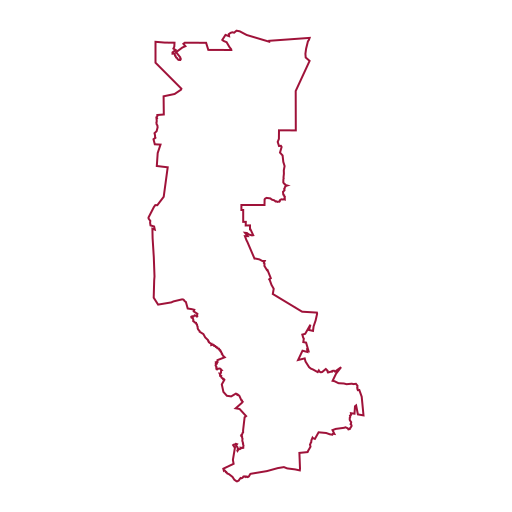 Chihuahua, Chihuahua, Mexico (orthographic projection)
{"feature_id": "50627088B4018820308250", "entity_name": "Chihuahua", "entity_type": "district", "adm_level": 2, "iso_a3": "MEX", "parent_name": "Mexico", "parent_adm1": "Chihuahua", "projection": "orthographic", "projection_center": [-106.189, 28.94], "detail": "fine", "context": "isolated", "style": "outline", "palette": "rose", "viewbox_px": 512, "rotation_deg": 0, "n_neighbors": 0, "source": "geoboundaries", "source_scale": "gbopen_adm2", "svg_char_len": 6057}
<svg xmlns="http://www.w3.org/2000/svg" viewBox="0 0 512 512"><path d="M309.6,60.9L305.7,57.5L305.4,53.8L306.1,48.7L307.9,41.4L308.9,39.9L309.6,37.9L269.2,40.8L269.2,41.7L246.7,35.0L239.7,31.3L236.5,30.7L234.1,32.7L232.4,32.3L230.7,32.8L229.5,33.6L228.8,34.1L229.1,36.2L225.5,34.9L222.3,39.9L223.5,40.9L226.6,42.2L229.4,47.0L231.2,49.3L231.3,50.0L208.3,49.9L206.1,42.8L184.8,42.7L183.4,43.8L185.4,46.2L182.4,47.5L176.1,52.2L180.3,57.4L180.2,58.3L180.8,59.0L180.3,60.0L178.6,59.9L177.7,59.3L177.2,58.2L176.1,57.5L175.5,55.9L175.0,55.7L174.7,53.6L172.5,53.7L172.5,52.4L175.6,50.0L173.4,48.6L174.3,46.6L174.5,42.7L164.8,42.6L155.5,41.8L155.5,62.7L181.4,88.7L181.0,89.7L174.6,94.0L163.6,96.3L163.8,114.5L157.3,115.0L157.3,116.3L157.0,116.9L156.4,117.3L157.0,118.4L156.5,118.7L156.7,120.3L156.7,121.9L156.4,122.3L156.6,124.2L157.4,125.5L157.6,127.4L156.6,131.2L154.5,133.2L155.0,135.1L155.1,137.3L155.4,137.8L153.5,139.2L154.8,144.3L160.5,144.6L157.7,153.0L156.8,166.0L167.7,167.3L163.7,196.8L157.3,205.2L155.3,205.1L153.9,207.0L148.5,217.5L148.6,218.6L150.3,220.9L150.1,222.7L150.5,225.4L154.1,226.5L154.8,229.6L152.4,228.7L152.6,238.2L153.8,257.2L154.5,276.5L154.2,280.1L153.7,297.7L158.1,304.6L171.3,302.4L173.5,301.4L181.9,299.4L182.9,299.4L183.8,299.9L184.6,301.1L185.9,302.0L187.7,308.5L191.5,309.1L194.3,309.8L193.7,311.4L197.4,313.8L197.0,315.5L197.3,316.2L196.9,316.6L196.5,316.4L196.4,315.9L194.6,315.3L193.5,316.6L192.3,316.2L191.3,316.7L191.4,317.4L192.2,317.5L192.2,318.1L193.0,318.8L193.3,319.6L193.2,321.1L194.2,321.7L194.6,322.4L196.0,322.8L196.0,323.3L196.5,324.2L197.0,324.4L197.2,325.9L197.7,326.9L197.6,328.0L198.2,329.5L199.5,330.9L199.6,331.7L203.4,334.1L205.2,337.4L208.0,340.1L208.1,340.9L208.8,341.4L208.8,342.2L211.1,343.8L211.5,343.8L211.3,345.1L213.4,344.7L214.0,345.2L214.2,346.0L215.2,346.0L215.8,347.0L216.3,346.9L216.7,347.4L217.3,347.5L217.4,348.3L219.0,348.7L219.1,349.6L219.9,349.8L220.4,350.4L220.2,350.9L220.7,351.6L221.1,351.7L221.3,352.6L222.0,353.4L221.9,354.0L222.3,354.2L222.8,355.5L224.7,357.3L217.5,360.1L217.5,361.1L217.2,361.4L217.4,361.5L217.4,361.9L216.9,362.0L217.2,362.2L216.9,362.4L216.9,363.4L216.4,363.3L216.4,362.8L215.8,362.9L215.7,364.0L216.0,364.5L215.6,365.6L216.4,366.8L216.3,367.3L216.5,367.4L216.3,368.7L216.6,369.3L217.2,369.4L217.7,368.8L219.8,368.5L220.6,369.0L221.6,370.1L221.1,370.2L221.0,372.8L220.4,373.2L220.3,373.8L219.7,373.7L220.0,374.3L220.1,375.9L220.6,376.0L220.8,375.7L221.2,375.9L221.0,376.4L221.5,377.6L222.5,378.3L222.8,378.8L223.0,378.6L223.6,378.8L224.4,379.8L221.8,384.4L223.4,391.9L226.9,395.8L231.2,396.4L235.9,393.6L237.2,394.2L237.2,394.8L237.8,395.1L238.3,394.9L239.4,395.9L241.4,400.4L242.0,400.5L242.0,401.0L242.7,401.8L241.9,402.8L235.7,408.3L239.6,409.0L246.1,416.1L244.6,417.3L243.1,430.3L243.1,432.5L242.5,433.0L242.1,434.4L241.4,435.0L241.8,435.7L241.3,436.0L242.1,436.9L242.1,437.8L242.5,438.6L242.3,440.8L243.1,443.3L242.9,443.7L243.5,445.6L243.2,447.0L243.3,447.8L242.9,448.0L240.6,447.7L240.8,448.5L239.9,449.1L238.6,449.2L237.5,450.9L237.3,450.5L238.1,449.1L238.0,448.4L237.5,447.9L237.4,447.1L236.4,446.1L236.1,445.4L237.0,444.2L235.8,443.8L235.3,444.3L233.6,444.7L233.1,445.1L234.5,447.2L235.0,447.3L232.9,459.9L233.6,463.8L223.3,468.7L223.8,470.5L224.1,470.2L224.7,470.4L225.5,471.5L226.1,471.8L226.0,472.3L226.9,472.8L227.3,473.5L228.9,474.1L232.5,476.9L234.3,479.7L236.6,481.3L237.3,481.3L238.8,480.5L239.3,479.6L240.6,478.0L241.3,478.3L242.1,478.0L242.7,477.6L243.3,476.7L243.8,476.8L244.0,476.4L245.3,476.4L245.8,477.0L246.8,476.5L247.4,477.1L248.2,476.9L248.9,476.4L250.2,474.1L250.7,473.8L266.9,471.1L277.8,468.1L283.9,467.1L287.2,468.4L295.1,469.4L299.8,470.4L300.0,468.6L299.4,452.9L307.5,452.1L307.9,451.7L307.9,451.2L310.5,446.7L310.0,444.5L310.5,443.7L310.7,442.9L311.2,442.3L311.4,440.3L312.5,437.7L312.8,438.1L314.9,438.9L318.6,432.3L326.2,433.0L329.8,434.3L332.3,434.7L332.7,433.9L333.1,433.7L334.4,433.9L332.5,430.1L335.8,428.9L344.1,427.8L345.5,427.3L347.7,428.3L348.4,429.4L349.8,429.0L349.8,428.4L350.6,427.7L351.6,425.9L351.3,424.8L350.6,424.1L351.0,423.4L351.2,422.2L349.9,420.3L349.7,419.4L349.8,417.6L350.2,417.1L350.2,416.3L350.0,415.6L350.8,415.2L351.1,414.7L350.9,413.2L354.5,413.7L355.0,406.3L356.1,405.4L357.9,414.4L363.5,415.4L361.7,396.7L359.3,390.0L357.9,390.2L357.6,389.6L357.3,388.7L357.6,388.1L357.2,387.5L357.5,385.8L355.9,383.8L353.4,384.1L351.8,383.7L346.6,384.2L343.9,383.5L338.5,383.2L334.5,381.2L332.6,380.8L336.1,373.6L341.1,367.2L335.0,371.6L334.0,370.7L333.0,370.8L332.3,370.9L331.9,371.7L331.5,371.5L328.0,372.5L327.5,371.6L327.6,370.8L325.8,369.0L322.2,372.0L320.8,372.3L319.6,371.7L318.8,370.4L317.7,372.1L312.8,369.4L311.0,368.7L309.1,367.2L305.5,361.5L304.7,358.4L298.1,360.0L302.5,350.7L307.5,352.0L307.2,349.9L308.4,350.6L306.1,342.6L303.3,342.1L303.8,338.6L303.2,337.7L302.3,334.6L305.2,333.8L310.4,324.7L309.0,330.0L313.0,330.9L313.6,326.4L315.6,320.5L317.1,313.8L316.9,312.6L302.1,311.7L272.8,294.0L273.7,288.8L271.5,284.9L269.8,280.2L269.2,279.3L270.8,278.2L267.5,270.0L267.0,270.2L264.4,265.9L264.5,263.7L263.8,262.9L264.7,261.0L262.3,261.0L259.4,259.4L255.2,258.5L254.5,258.6L247.4,242.0L246.5,240.3L244.9,236.1L247.6,236.1L245.0,232.8L246.9,233.0L248.9,234.5L251.9,235.4L253.2,235.2L250.5,229.4L250.0,229.4L250.0,225.4L245.7,225.5L245.8,221.9L243.2,221.9L243.2,210.0L241.4,210.0L241.4,205.0L264.5,205.0L264.6,199.4L265.1,198.7L266.5,197.9L270.3,198.4L272.0,199.7L274.2,200.3L275.6,201.5L276.2,201.3L277.4,201.9L278.2,201.6L279.4,201.7L279.9,201.0L279.9,200.3L280.2,199.9L281.5,199.3L282.8,199.5L284.3,199.3L284.8,199.5L284.8,198.6L284.5,198.1L284.9,196.9L284.2,196.1L284.2,195.3L283.3,194.7L283.0,191.8L284.5,190.3L284.2,189.1L284.5,189.0L284.9,187.1L286.2,185.8L287.2,185.5L285.5,185.0L284.7,184.3L284.7,183.9L283.8,183.3L283.3,182.4L283.4,179.1L283.7,178.4L283.5,177.5L283.9,173.8L283.8,170.3L284.6,166.1L283.3,161.9L282.6,155.5L280.0,152.6L281.6,147.0L280.9,145.8L279.0,146.0L277.7,141.9L278.9,138.9L279.0,130.3L295.8,130.4L295.7,91.0L309.6,60.9Z" fill="none" stroke="#9f1239" stroke-width="2"/></svg>